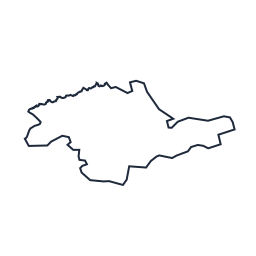 Kochkor, Naryn, Kyrgyzstan, rotated 342°
{"feature_id": "92254566B91475700804664", "entity_name": "Kochkor", "entity_type": "district", "adm_level": 2, "iso_a3": "KGZ", "parent_name": "Kyrgyzstan", "parent_adm1": "Naryn", "projection": "mercator", "projection_center": [75.232, 42.072], "detail": "fine", "context": "isolated", "style": "outline", "palette": "slate", "viewbox_px": 256, "rotation_deg": 342, "n_neighbors": 0, "source": "geoboundaries", "source_scale": "gbopen_adm2", "svg_char_len": 3563}
<svg xmlns="http://www.w3.org/2000/svg" viewBox="0 0 256 256"><g transform="rotate(342 128 128)"><path d="M39.3,80.3L38.3,81.6L39.3,83.0L41.8,85.8L44.0,89.7L46.5,94.7L46.7,95.5L45.3,97.0L43.3,97.2L40.1,97.1L38.6,97.4L35.0,98.3L33.5,99.6L32.6,100.7L29.2,105.1L27.9,106.0L26.6,106.3L28.1,114.4L45.9,119.7L50.6,117.2L63.1,115.1L68.9,118.4L69.1,123.7L65.3,125.3L69.2,131.9L74.9,133.7L72.2,139.8L72.0,143.3L77.1,145.7L77.7,149.8L72.9,149.9L70.1,151.4L70.1,152.0L70.1,156.0L70.3,156.4L75.9,165.9L88.1,171.2L93.6,172.7L105.6,180.6L110.8,176.7L117.3,164.8L133.0,171.2L139.6,166.4L146.2,164.0L149.2,163.7L160.7,170.2L165.8,169.2L177.8,168.7L182.1,165.6L189.1,165.7L194.1,168.2L198.0,172.1L211.1,172.1L211.9,162.3L228.9,162.3L229.4,154.8L228.2,149.4L222.8,146.5L206.3,145.8L188.7,136.9L177.3,137.4L169.6,141.3L166.7,140.1L167.2,133.4L173.9,133.2L163.3,119.7L157.3,99.5L157.0,90.4L150.3,85.6L144.0,85.2L143.5,94.1L138.3,94.6L129.0,85.2L124.2,84.9L122.3,80.7L121.7,78.4L121.3,78.6L121.0,78.6L120.7,78.5L120.2,78.7L119.8,78.7L119.8,79.4L119.4,79.6L119.1,79.9L118.6,80.1L118.1,80.1L117.7,80.3L117.3,80.1L116.8,80.2L116.0,80.1L115.7,79.6L115.6,79.3L115.3,79.1L115.2,79.1L114.9,79.3L114.7,79.5L114.2,79.6L113.7,79.6L113.3,79.2L113.1,78.9L112.9,78.7L112.9,77.8L112.7,77.4L112.8,77.2L113.2,77.1L113.1,76.6L113.0,76.3L112.9,76.2L112.7,76.0L112.2,75.4L112.1,75.8L111.9,76.0L111.6,76.1L110.9,76.6L109.7,78.0L109.3,78.2L108.7,77.8L108.3,78.2L108.1,78.3L107.6,78.5L107.3,78.2L107.1,78.1L106.5,78.2L106.3,78.5L106.1,78.6L105.5,78.7L105.0,78.9L104.5,78.8L104.0,78.4L103.6,78.0L103.4,78.0L103.1,78.0L102.7,78.3L102.5,78.6L102.1,78.7L102.0,79.1L101.8,79.4L101.5,79.6L101.2,79.6L100.6,79.3L100.6,79.1L100.2,78.7L99.9,78.1L99.6,77.8L99.2,77.3L98.8,76.9L98.3,76.4L98.0,76.0L97.5,76.5L97.2,76.6L96.4,77.4L95.9,77.6L95.7,78.1L95.4,78.4L95.2,78.7L94.8,78.6L94.3,78.7L94.1,78.6L93.8,78.8L93.4,78.6L93.1,78.5L92.6,78.7L92.5,78.8L92.1,79.0L91.6,78.9L90.9,79.1L90.3,79.5L89.9,80.0L89.6,79.9L89.2,79.8L88.7,80.3L88.4,80.5L88.2,80.6L87.9,80.4L87.5,80.4L87.2,80.4L86.9,80.1L86.5,80.5L85.8,80.7L85.2,80.3L85.0,79.9L84.1,79.4L83.4,78.7L83.0,78.8L82.1,78.8L81.8,78.9L81.1,78.8L80.6,78.5L80.4,78.4L79.8,78.1L79.1,78.1L78.4,78.9L78.4,79.2L77.7,79.5L77.4,79.4L77.2,79.5L76.6,79.5L76.3,79.4L75.9,79.5L75.7,79.4L75.3,79.4L75.1,79.3L74.7,79.0L74.6,78.9L74.0,78.6L73.9,78.6L73.6,78.2L73.4,77.5L72.5,77.3L72.2,76.9L71.8,77.0L71.5,77.1L70.7,76.8L70.8,77.2L70.7,77.3L70.3,77.5L70.2,77.8L70.2,78.0L69.7,78.3L69.6,78.6L68.9,79.0L68.5,79.0L68.4,79.5L67.9,80.0L67.7,80.2L67.4,80.0L66.9,80.0L66.4,80.1L65.4,79.9L65.1,80.2L64.8,80.2L64.6,80.3L64.3,80.3L63.9,80.1L63.3,79.7L63.0,79.2L62.8,78.8L62.1,78.0L62.3,77.6L62.2,77.2L61.9,77.0L61.6,76.9L61.1,76.9L60.4,76.7L60.2,76.8L60.0,77.9L59.9,78.2L59.6,78.3L59.2,78.3L58.9,78.2L58.6,78.2L58.4,78.4L57.9,78.6L57.9,78.8L57.6,79.5L56.5,79.8L55.6,79.8L55.1,79.6L53.9,78.9L53.8,79.0L53.5,78.8L53.3,78.5L52.3,78.1L52.2,78.2L52.2,78.3L51.7,78.3L51.5,78.2L51.4,77.9L51.1,77.7L50.8,78.4L50.7,78.6L50.3,78.7L49.9,78.7L49.9,78.9L49.7,79.3L49.0,79.5L48.9,79.5L48.5,79.6L48.2,79.5L48.1,79.3L47.9,79.2L47.8,78.8L47.7,78.9L47.4,78.7L47.1,78.5L46.8,78.7L46.5,78.8L46.3,79.0L46.2,79.2L45.9,79.1L45.6,79.1L45.4,79.2L45.2,79.2L45.0,79.5L44.9,79.8L44.6,79.8L44.4,79.8L44.3,79.7L44.2,79.7L43.9,79.5L43.9,79.4L43.6,79.4L43.5,79.7L43.4,79.8L43.2,80.0L43.0,79.9L42.6,79.8L42.5,79.6L42.3,79.6L42.2,79.6L41.8,79.6L41.7,79.7L41.7,79.8L41.4,79.8L41.3,79.7L41.2,79.7L40.9,79.7L40.6,79.7L40.5,79.8L40.4,79.8L40.2,79.9L39.9,80.0L39.6,80.0L39.3,80.3Z" fill="none" stroke="#1e293b" stroke-width="2"/></g></svg>